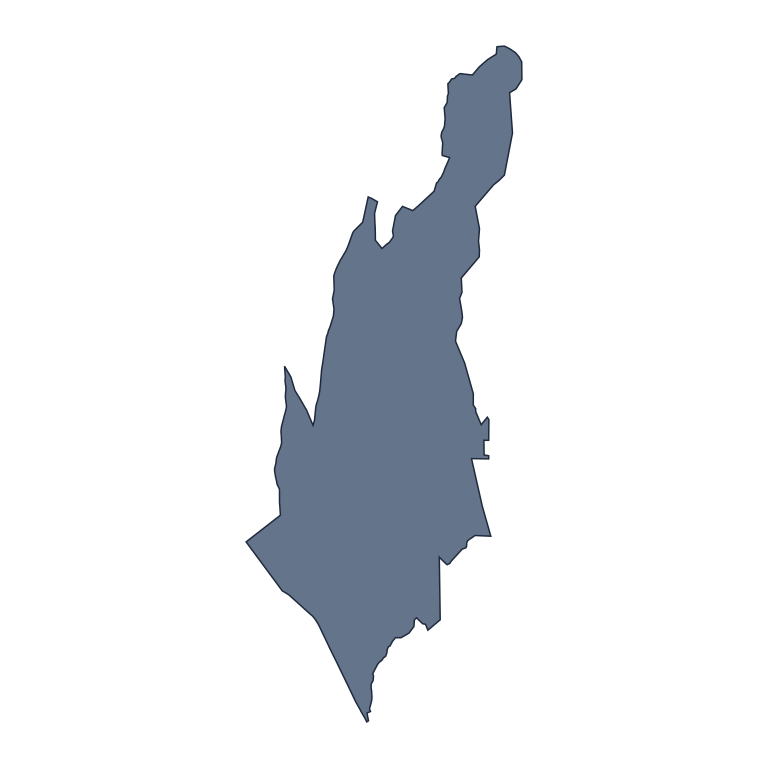 the district of Ga East, Greater Accra, Ghana
{"feature_id": "2480657B24635332146555", "entity_name": "Ga East", "entity_type": "district", "adm_level": 2, "iso_a3": "GHA", "parent_name": "Ghana", "parent_adm1": "Greater Accra", "projection": "equal_earth", "projection_center": [-0.223, 5.706], "detail": "fine", "context": "isolated", "style": "filled", "palette": "slate", "viewbox_px": 768, "rotation_deg": 0, "n_neighbors": 0, "source": "geoboundaries", "source_scale": "gbopen_adm2", "svg_char_len": 3957}
<svg xmlns="http://www.w3.org/2000/svg" viewBox="0 0 768 768"><path d="M497.0,46.7L496.6,50.4L496.3,54.1L487.6,59.6L479.1,67.0L472.4,75.0L465.2,74.2L462.7,73.9L460.4,73.6L460.1,73.7L459.1,74.1L458.4,74.6L457.7,75.4L457.0,75.8L456.4,76.1L456.0,76.4L455.8,76.9L455.5,77.3L454.5,78.3L453.6,78.6L451.8,78.9L451.2,79.5L450.6,80.3L449.8,81.8L447.9,83.7L448.0,86.7L448.4,93.5L447.4,96.4L447.4,97.4L447.2,102.4L444.2,107.7L445.1,118.6L444.5,125.9L444.3,126.8L443.3,129.2L443.0,129.8L442.1,131.5L441.5,133.3L441.3,134.6L441.1,136.0L441.4,138.1L441.6,138.9L442.0,139.7L442.3,141.0L442.6,142.4L442.6,142.5L442.7,143.6L442.3,148.7L442.3,150.8L442.1,152.2L442.1,154.5L442.3,155.5L449.6,157.6L449.6,157.8L447.5,162.6L444.9,168.5L443.4,172.8L441.3,177.0L439.3,179.4L437.8,182.1L437.2,182.5L436.6,182.8L434.1,191.2L418.7,205.5L412.8,210.6L402.5,206.4L395.5,215.5L392.9,229.0L392.6,230.2L392.6,231.6L392.6,231.8L393.4,235.6L392.9,237.4L389.4,242.3L386.4,244.5L382.0,248.5L375.5,240.4L375.4,240.4L375.3,231.6L375.2,227.9L374.8,220.6L374.6,213.3L377.5,201.8L375.3,200.5L371.6,198.4L368.2,197.0L365.1,211.1L362.7,222.2L354.2,230.7L353.7,231.3L353.3,231.9L352.6,233.2L350.0,240.5L348.1,245.8L347.5,247.2L346.9,248.7L346.0,250.6L343.5,254.9L340.4,260.1L339.2,262.4L337.2,266.6L336.0,269.3L335.4,271.0L334.3,274.0L333.9,275.6L333.8,276.1L334.2,290.2L332.5,298.9L334.0,309.2L333.4,316.0L329.9,327.2L328.3,330.9L328.0,332.8L326.5,336.6L323.8,355.3L323.0,361.2L321.6,369.8L320.4,384.2L319.7,391.2L319.2,393.9L318.6,396.6L317.4,401.2L316.5,403.8L316.0,406.1L315.7,408.0L315.5,410.0L315.1,414.1L314.5,420.2L313.0,425.3L307.0,411.1L306.4,409.7L305.3,408.0L300.3,399.2L294.9,390.5L290.9,377.0L284.5,366.2L285.3,376.6L285.3,377.3L285.0,380.9L285.4,383.6L285.4,384.3L285.8,386.2L285.9,388.9L285.8,390.8L285.5,393.5L285.5,395.2L285.3,397.0L286.5,406.3L285.9,409.9L285.5,411.2L285.0,413.5L284.4,415.2L283.7,417.9L283.6,418.8L283.3,419.6L282.4,423.0L281.5,426.5L281.0,430.6L281.0,432.5L281.1,433.3L281.2,434.4L281.3,435.7L281.6,442.3L281.5,443.2L280.8,446.3L277.1,456.1L276.5,458.0L275.8,463.8L274.6,468.3L274.6,471.2L275.6,477.2L275.9,478.1L276.2,479.9L276.5,480.7L276.9,483.6L277.6,485.4L279.3,488.7L279.5,489.5L279.5,502.6L279.8,505.7L280.4,515.2L246.1,541.9L282.3,590.9L288.8,594.8L310.4,614.3L311.6,615.2L312.8,616.3L314.0,617.8L315.6,619.9L317.4,622.8L318.5,624.7L319.4,626.4L323.1,634.3L324.7,637.6L329.0,646.6L329.1,646.9L330.8,650.4L333.4,655.7L337.1,663.1L337.3,663.5L337.5,664.0L339.7,668.6L342.3,673.9L346.6,682.8L347.1,683.8L351.5,693.0L353.6,697.4L355.7,701.8L356.2,702.7L356.8,703.7L358.8,707.3L359.3,708.2L359.7,708.9L360.2,709.8L360.9,711.3L365.2,718.7L366.7,721.9L368.5,720.8L367.0,713.0L369.6,711.9L370.5,711.5L369.6,709.2L369.6,708.3L371.0,703.4L371.4,701.6L371.8,699.8L371.9,696.3L371.7,693.0L371.7,691.5L371.1,688.0L371.2,684.6L371.3,683.7L372.6,681.6L373.1,680.5L373.5,676.3L373.3,675.0L373.0,674.5L372.8,673.6L377.4,664.7L379.1,662.4L381.9,660.3L382.7,659.0L383.5,657.7L385.0,656.8L385.7,656.1L386.9,652.8L387.1,650.5L387.6,648.5L388.0,647.7L388.4,646.9L390.1,645.9L392.5,641.3L393.0,640.7L395.5,637.7L401.1,637.7L409.0,633.1L413.9,626.6L414.4,619.9L416.5,617.8L422.6,623.7L425.5,624.3L427.9,630.2L440.2,619.8L439.3,557.2L444.8,562.7L447.1,564.7L449.8,563.4L450.9,561.5L456.1,555.8L462.1,549.2L465.9,547.8L466.6,546.2L466.7,545.3L466.6,543.7L467.0,542.2L467.6,540.8L468.8,539.8L475.0,535.5L490.8,536.2L482.3,506.2L471.5,458.6L488.7,458.9L488.7,455.7L484.1,455.0L483.9,440.3L488.7,440.3L488.9,419.6L487.3,417.2L481.2,424.7L475.7,411.6L475.7,408.7L473.3,405.1L473.3,393.7L464.6,362.9L455.5,341.2L456.7,331.4L461.3,323.6L462.5,317.4L461.9,311.8L459.6,298.5L462.0,292.3L461.3,278.0L479.2,256.9L479.5,250.0L478.5,241.2L479.5,228.8L475.2,206.3L493.5,184.9L498.9,180.6L504.4,175.1L512.5,133.0L510.2,101.4L509.6,92.7L516.1,88.8L521.9,79.7L521.7,61.9L519.0,56.9L515.7,52.9L510.1,49.0L506.5,47.1L504.3,46.1L497.0,46.7Z" fill="#64748b" stroke="#1e293b" stroke-width="1.5"/></svg>